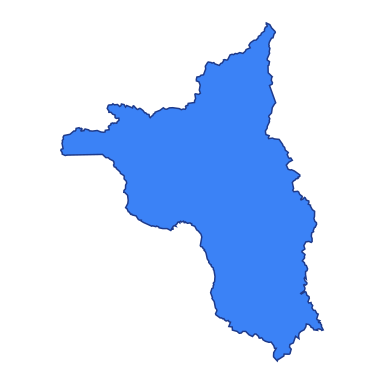 the district of Pacaraima, Roraima, Brazil
{"feature_id": "56859067B85330380756013", "entity_name": "Pacaraima", "entity_type": "district", "adm_level": 2, "iso_a3": "BRA", "parent_name": "Brazil", "parent_adm1": "Roraima", "projection": "albers", "projection_center": [-60.858, 4.166], "detail": "fine", "context": "isolated", "style": "filled", "palette": "blue", "viewbox_px": 384, "rotation_deg": 0, "n_neighbors": 0, "source": "geoboundaries", "source_scale": "gbopen_adm2", "svg_char_len": 6020}
<svg xmlns="http://www.w3.org/2000/svg" viewBox="0 0 384 384"><path d="M277.3,361.0L278.1,359.2L278.8,359.2L283.8,356.0L284.1,354.1L289.2,354.2L290.0,353.6L291.2,349.1L289.5,347.1L289.9,344.5L293.3,342.9L295.6,336.3L299.0,338.6L298.6,336.2L299.1,333.3L300.8,331.5L304.1,329.8L305.8,326.9L306.3,324.0L309.0,324.5L310.8,326.3L310.9,327.1L313.1,328.2L313.7,329.8L317.4,330.3L316.9,329.5L318.9,328.8L321.0,329.5L321.8,330.4L323.2,329.9L321.5,326.6L321.5,324.9L320.5,323.7L320.4,322.6L318.8,322.6L318.4,321.9L319.8,320.7L317.2,319.7L316.7,318.8L318.2,314.1L316.9,313.6L315.2,310.4L313.5,310.3L312.3,308.5L311.9,307.8L312.7,305.5L311.3,304.0L311.0,302.5L308.8,303.0L308.0,301.6L309.3,298.3L309.0,296.6L306.9,295.2L306.0,292.1L305.1,291.7L301.3,294.0L300.7,293.4L304.2,290.8L304.7,289.8L305.0,288.2L303.7,284.9L304.3,284.5L305.5,285.1L306.9,283.9L306.9,282.8L304.9,280.7L304.2,278.3L304.8,277.4L306.2,278.9L305.5,274.4L305.6,271.5L307.0,270.7L307.6,268.9L306.3,265.5L305.0,265.0L304.4,262.7L302.3,260.9L304.6,257.9L304.3,256.9L305.0,254.5L301.9,251.9L302.1,251.0L304.9,249.0L303.8,245.7L305.9,241.9L308.9,241.4L311.2,242.4L312.1,241.6L312.1,238.5L311.3,236.3L311.7,232.9L313.6,231.7L313.2,230.7L314.4,227.5L315.2,227.3L316.6,224.3L316.4,222.6L314.9,221.4L313.9,218.5L314.5,216.4L314.6,211.3L312.3,209.6L310.3,205.9L310.5,205.2L308.2,204.1L308.9,202.7L308.8,201.0L306.3,200.1L305.3,197.9L304.4,197.4L303.0,199.1L301.1,199.9L300.7,199.2L302.1,197.4L302.2,196.3L299.7,194.4L298.7,192.1L297.7,191.3L293.8,191.7L292.7,190.2L293.6,188.5L292.3,182.5L293.6,180.8L294.8,180.3L296.2,178.7L297.7,178.6L298.5,177.8L298.0,177.2L299.8,176.3L299.8,174.9L294.4,171.0L291.4,169.7L290.4,170.0L288.2,169.3L286.3,165.1L288.9,162.1L292.3,160.3L290.8,158.0L289.3,158.4L288.3,157.2L287.2,154.5L288.3,152.5L285.3,150.1L284.6,147.4L282.9,145.7L282.6,144.4L279.1,139.4L274.4,138.9L272.5,138.1L268.6,138.6L268.3,137.8L269.2,135.7L266.0,134.6L265.6,132.9L265.4,130.9L267.1,128.4L267.3,126.3L269.5,121.7L269.2,120.9L269.8,118.6L268.7,116.6L269.0,115.7L271.5,113.0L272.3,107.6L274.5,104.0L275.7,102.8L269.5,85.5L272.1,84.2L272.5,82.8L271.3,80.4L271.7,77.4L272.3,76.8L268.2,72.8L268.0,65.8L268.9,65.2L269.5,61.6L267.2,60.0L267.2,58.7L269.6,53.2L269.2,51.8L269.9,48.3L268.9,46.3L269.2,45.3L268.8,44.6L269.4,42.0L271.5,38.2L273.0,37.8L274.0,34.1L275.3,32.6L275.1,31.5L271.7,28.0L269.8,24.6L266.3,23.0L266.2,24.1L267.1,25.4L267.1,26.5L265.4,27.2L264.5,29.4L264.5,31.1L261.4,33.2L260.8,35.0L258.4,36.4L258.1,37.9L256.1,40.1L253.9,40.3L250.5,42.7L248.9,45.2L250.2,47.8L246.1,49.6L245.2,51.4L242.9,53.4L239.7,52.6L237.2,53.8L235.2,53.5L233.7,54.6L232.0,54.3L230.1,54.9L227.7,59.7L226.8,60.1L224.6,59.6L223.5,59.9L223.6,60.9L222.2,62.9L220.7,63.5L219.3,65.4L215.0,63.9L213.8,62.6L212.0,63.1L211.2,62.5L208.2,62.0L207.5,62.7L205.3,66.2L205.7,68.9L203.5,74.8L200.8,75.3L199.8,76.5L196.9,77.0L196.3,79.4L196.4,80.9L198.9,81.8L200.2,85.1L199.3,90.0L200.4,93.2L198.7,94.4L195.6,93.8L194.9,94.2L195.6,98.7L194.6,100.7L194.5,102.5L188.2,103.4L187.7,105.5L186.2,105.6L185.5,106.5L186.1,107.9L185.1,109.3L183.3,109.0L181.3,109.7L179.3,108.6L172.6,107.7L169.3,107.9L166.9,109.2L165.2,109.1L163.3,107.8L160.0,110.3L155.1,112.2L154.8,113.3L153.3,114.2L152.8,115.6L152.0,115.9L150.2,117.7L149.5,116.8L149.0,114.5L147.1,114.2L145.7,112.8L144.7,112.8L143.0,110.5L140.4,108.5L139.4,108.4L137.8,109.5L136.8,109.1L133.7,105.8L133.0,106.1L132.5,107.9L126.7,105.5L125.5,107.1L124.1,104.6L121.4,104.0L120.9,105.7L119.7,106.5L117.5,104.5L114.4,104.8L112.9,103.8L111.9,104.8L108.9,105.0L108.3,105.4L107.2,108.4L108.9,111.1L108.9,112.3L111.0,112.3L112.7,114.2L115.0,115.0L115.1,117.6L115.6,118.0L116.4,118.4L118.8,118.2L119.0,120.3L117.2,121.8L116.7,123.2L114.5,123.0L113.6,123.5L112.9,122.9L111.0,123.5L110.8,124.8L108.6,126.1L108.3,127.0L109.0,128.0L109.1,129.7L105.3,130.3L105.1,131.9L103.6,132.3L100.9,132.0L97.2,130.5L92.5,131.1L89.4,130.8L88.8,129.9L85.1,129.0L84.3,129.5L84.1,130.6L81.2,131.1L80.9,130.4L82.1,129.0L81.3,128.3L79.8,128.5L79.1,127.7L76.1,128.4L75.9,130.1L75.0,131.1L73.8,131.0L70.0,134.3L64.0,135.5L63.1,137.1L63.4,139.2L62.3,140.3L62.5,142.1L62.0,143.2L63.1,148.7L61.2,149.3L60.8,150.3L62.2,152.7L62.2,154.1L65.2,155.5L67.0,155.1L102.5,154.4L105.8,157.6L108.3,157.7L109.6,159.0L113.2,160.9L113.8,161.7L114.1,164.0L113.5,165.0L114.2,166.8L116.1,167.5L116.3,168.5L120.0,171.8L120.5,173.4L123.8,175.5L124.2,176.2L124.1,178.9L126.3,181.2L126.7,183.1L125.6,185.1L125.5,188.8L124.0,190.4L123.8,192.3L124.8,192.5L127.6,195.3L128.2,200.3L127.8,203.5L125.6,207.7L127.1,208.9L128.3,211.7L129.3,212.1L130.7,214.3L131.7,214.1L132.1,214.9L136.1,215.9L138.3,219.4L139.4,220.1L141.3,220.2L141.1,221.0L143.6,222.5L151.8,226.2L152.5,225.8L155.9,226.7L156.5,226.1L158.6,226.8L159.1,227.8L162.9,228.6L167.1,228.6L170.8,230.5L171.7,229.3L173.0,229.2L173.0,228.3L172.0,228.3L173.2,226.3L174.2,225.7L176.0,226.3L175.3,225.2L177.0,223.8L177.7,222.3L178.5,222.0L179.8,222.9L179.8,221.8L180.7,221.2L181.4,222.0L183.5,221.2L184.2,222.7L185.1,222.6L185.3,221.9L187.4,223.3L190.1,222.9L190.7,223.6L191.6,223.6L191.7,225.1L194.8,226.3L196.7,229.9L198.2,230.9L201.0,234.2L201.8,237.0L200.3,245.6L200.7,246.5L202.5,247.1L203.0,248.4L204.5,249.6L204.1,250.4L205.3,251.5L206.1,253.4L207.3,259.0L208.9,261.3L208.7,262.3L209.8,263.9L211.2,264.8L211.0,265.5L211.8,266.8L213.3,267.9L213.4,269.7L214.0,270.3L215.0,276.5L214.6,281.6L213.3,283.2L213.8,284.8L213.2,285.6L213.1,287.9L211.9,288.5L210.6,292.7L212.4,297.5L212.0,298.5L214.2,301.5L215.4,307.9L216.6,309.4L216.9,310.7L215.5,313.8L215.9,314.8L220.1,317.9L221.6,317.9L222.6,318.8L223.8,318.6L224.4,319.8L226.1,321.0L228.2,320.5L229.2,321.8L230.5,322.2L228.8,326.5L232.2,327.0L232.4,330.1L237.1,331.4L239.3,333.3L241.3,333.0L242.8,331.4L245.7,331.4L249.0,334.8L252.5,336.5L254.6,334.1L256.0,334.0L258.5,336.3L259.1,338.0L260.1,338.2L261.3,337.7L262.5,338.5L262.9,339.7L265.3,341.2L268.9,342.3L271.2,342.1L273.8,345.7L274.5,348.2L276.2,348.3L273.7,352.6L273.5,355.9L273.6,356.9L277.3,361.0Z" fill="#3b82f6" stroke="#1e3a8a" stroke-width="1.5"/></svg>